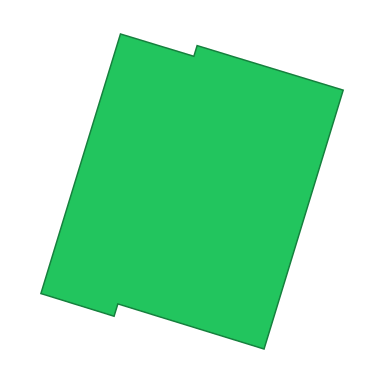 the district of Wells, North Dakota, United States of America, rotated 287°
{"feature_id": "52423323B624254264664", "entity_name": "Wells", "entity_type": "district", "adm_level": 2, "iso_a3": "USA", "parent_name": "United States of America", "parent_adm1": "North Dakota", "projection": "robinson", "projection_center": [-99.663, 47.587], "detail": "fine", "context": "isolated", "style": "filled", "palette": "green", "viewbox_px": 384, "rotation_deg": 287, "n_neighbors": 0, "source": "geoboundaries", "source_scale": "gbopen_adm2", "svg_char_len": 306}
<svg xmlns="http://www.w3.org/2000/svg" viewBox="0 0 384 384"><g transform="rotate(287 192 192)"><path d="M50.7,77.2L50.4,153.8L63.3,153.8L62.9,306.8L257.9,306.8L333.6,306.8L333.5,191.8L333.5,154.1L322.3,154.1L322.2,77.4L141.1,77.2L50.7,77.2Z" fill="#22c55e" stroke="#15803d" stroke-width="1.5"/></g></svg>